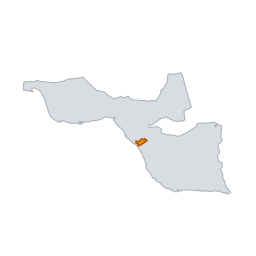 location of Nicoadala, Zambezia, Mozambique, rotated 95°
{"feature_id": "85939544B24973508625893", "entity_name": "Nicoadala", "entity_type": "district", "adm_level": 2, "iso_a3": "MOZ", "parent_name": "Mozambique", "parent_adm1": "Zambezia", "projection": "natural_earth1", "projection_center": [36.681, -17.573], "detail": "fine", "context": "in_parent", "style": "filled", "palette": "amber", "viewbox_px": 256, "rotation_deg": 95, "n_neighbors": 0, "source": "geoboundaries", "source_scale": "gbopen_adm2", "svg_char_len": 5387}
<svg xmlns="http://www.w3.org/2000/svg" viewBox="0 0 256 256"><g transform="rotate(95 128 128)"><path d="M81.2,177.1L82.8,175.7L93.1,163.0L93.7,162.5L92.9,160.4L94.2,157.9L94.3,154.1L94.8,153.5L96.3,152.2L98.5,148.3L99.8,145.2L100.0,143.8L98.0,139.6L97.4,137.4L98.0,135.4L98.2,133.6L97.9,133.0L96.7,132.3L96.5,131.5L96.5,130.5L96.7,130.0L98.2,129.2L98.5,128.7L99.7,123.8L99.3,120.2L99.3,116.0L99.5,111.7L99.4,109.3L98.4,106.5L98.3,104.4L99.0,103.0L99.1,102.2L96.8,101.7L95.6,100.6L91.2,98.7L87.8,98.5L85.0,95.6L82.8,95.2L79.9,93.1L71.0,92.8L70.7,92.5L70.3,86.3L69.9,84.3L68.8,82.1L68.5,80.6L68.6,79.5L73.5,77.3L83.2,74.1L85.3,73.1L101.8,66.7L102.3,67.1L103.9,70.3L106.7,74.0L107.4,73.5L111.3,72.9L111.9,72.4L113.1,72.1L114.5,71.9L115.0,72.1L116.4,74.4L117.0,78.7L117.0,81.5L116.9,83.6L115.7,85.9L114.8,88.9L113.6,90.6L113.6,91.3L115.0,93.1L115.3,93.9L115.3,95.4L115.5,96.1L116.8,97.0L117.7,98.5L121.3,102.8L122.2,103.6L122.9,103.8L123.3,104.6L123.1,105.6L122.5,106.2L122.8,107.0L123.4,107.6L125.1,107.5L125.3,107.2L125.2,103.4L124.6,101.2L123.9,100.2L125.3,96.1L126.0,94.9L128.7,94.5L130.0,94.1L130.5,93.6L130.9,92.3L131.2,88.6L131.3,85.2L131.0,83.2L131.4,80.1L132.0,78.3L131.7,77.9L131.5,75.4L124.7,65.2L120.9,60.7L120.3,60.2L118.2,59.8L117.1,58.1L116.1,49.0L114.7,42.4L116.9,38.1L117.6,35.3L118.1,34.9L120.0,34.7L126.6,34.8L128.3,35.1L129.0,34.8L130.8,33.1L132.2,33.1L134.1,34.2L135.1,35.2L135.3,36.0L136.6,36.4L139.0,36.6L140.7,36.1L141.8,35.2L143.0,34.7L144.2,34.6L145.1,34.9L145.7,35.7L146.9,36.2L148.6,36.5L150.5,36.0L152.6,34.8L153.8,33.5L154.4,31.3L154.8,31.0L157.7,30.8L159.2,31.2L161.2,32.6L164.6,30.2L166.8,29.4L168.9,29.4L170.6,28.8L171.9,27.6L173.3,26.9L176.1,26.0L178.1,24.8L183.4,20.1L184.0,21.5L185.1,22.7L183.7,24.1L184.9,24.9L184.0,26.2L183.9,27.1L184.3,28.0L183.7,29.5L182.9,30.6L182.7,31.5L183.4,33.1L183.0,35.8L184.1,40.3L183.8,41.9L184.0,45.4L183.6,46.7L184.3,47.2L184.7,48.6L184.3,51.1L183.2,52.2L183.0,53.2L184.5,53.2L184.5,56.3L184.3,57.3L184.6,58.3L184.2,59.5L184.7,64.5L184.7,68.2L184.8,68.7L186.1,69.4L186.1,70.4L185.2,71.7L185.3,73.6L186.2,72.1L186.7,72.1L187.2,72.7L187.2,74.9L187.5,76.0L187.4,76.9L185.9,78.8L185.8,80.5L185.2,80.8L184.9,81.2L185.3,82.2L185.3,83.1L184.3,85.9L179.2,92.5L179.1,93.7L177.8,95.8L176.4,96.1L175.6,96.7L176.2,98.5L169.5,103.2L168.8,103.9L167.7,105.6L165.4,106.5L163.0,106.6L162.6,107.0L157.2,109.2L156.1,110.2L153.8,111.1L150.1,113.5L147.1,115.7L143.7,119.0L143.3,120.8L141.7,123.2L139.3,125.9L137.8,128.2L137.7,129.2L136.9,129.5L136.2,128.6L135.9,130.4L135.3,130.6L134.6,130.2L131.6,132.2L129.4,134.4L126.2,138.8L121.6,143.0L120.5,143.1L119.0,141.6L118.2,141.5L119.4,143.1L119.4,146.6L118.8,150.8L118.9,151.7L122.0,156.0L123.5,161.2L123.6,163.8L125.2,167.2L125.9,172.3L125.7,177.0L126.5,177.8L126.8,177.1L126.9,174.1L127.3,173.3L127.7,173.4L128.1,175.0L128.2,176.7L127.7,180.4L127.8,181.9L128.6,184.5L127.7,187.4L126.4,195.5L126.7,196.0L127.4,196.2L127.7,195.3L128.1,195.3L128.3,195.8L127.7,199.0L127.1,200.4L125.1,203.8L124.1,205.3L122.3,206.7L118.0,209.0L109.6,212.2L104.2,214.8L100.0,217.8L98.2,219.8L97.4,222.1L96.0,224.6L97.2,226.6L98.9,228.0L99.6,225.6L100.0,225.6L99.3,235.7L93.5,235.9L91.8,235.5L90.9,235.6L90.7,231.4L90.0,228.2L90.3,226.0L90.2,224.7L88.9,223.9L88.6,221.5L89.3,219.6L89.2,204.2L87.0,196.7L84.2,191.3L84.0,188.6L82.7,182.6L81.2,177.1ZM118.4,41.8L119.1,41.4L119.2,40.7L118.7,40.3L118.3,40.4L118.1,41.6L118.4,41.8ZM117.9,40.5L117.3,39.9L116.9,40.1L116.8,40.5L117.2,41.1L117.7,41.2L117.9,40.5Z" fill="#d9dde1" stroke="#a8b0b8" stroke-width="1"/><path d="M144.0,116.3L144.0,116.2L144.0,115.9L144.3,115.7L144.4,115.8L144.4,115.7L144.5,115.7L144.4,115.6L144.2,115.5L144.3,115.4L144.2,115.3L144.2,115.2L144.3,115.0L144.3,114.9L144.2,114.9L144.1,114.7L144.1,114.4L144.1,114.2L143.9,114.2L143.6,114.1L143.5,113.9L143.4,113.8L143.4,113.7L143.2,113.6L143.2,113.4L143.2,113.2L142.9,113.1L142.8,112.8L142.7,112.7L142.4,112.5L142.3,112.4L142.2,112.3L142.2,112.2L142.0,111.9L142.1,111.7L142.1,111.4L142.0,111.2L141.9,111.2L141.7,111.0L141.5,110.9L141.3,110.7L141.2,110.7L141.0,110.8L140.9,110.8L139.9,110.3L139.9,110.2L140.0,110.1L140.0,109.9L139.9,109.8L139.9,109.7L140.0,109.6L140.1,109.4L140.2,109.2L139.9,109.0L139.7,109.0L139.7,108.9L139.6,108.7L139.4,108.6L139.3,108.4L139.2,108.3L139.2,108.2L138.5,108.2L138.4,108.2L138.4,108.3L138.3,108.5L138.2,108.8L138.1,109.0L138.1,109.3L138.1,109.5L137.8,109.7L137.8,109.8L137.6,109.9L137.6,110.0L137.4,110.3L137.2,110.4L137.2,110.5L137.3,110.5L137.5,110.7L137.7,110.8L137.8,110.9L137.8,111.0L138.0,111.3L138.1,111.5L138.3,111.8L138.3,112.0L138.2,112.3L138.0,112.6L137.9,112.8L137.8,113.0L137.7,113.1L137.8,113.2L137.8,113.3L137.9,113.5L138.0,113.5L138.2,113.8L138.3,113.8L138.5,114.0L138.8,114.3L138.8,114.5L139.0,114.6L139.1,114.8L139.3,114.9L139.5,114.9L139.5,115.0L139.8,115.1L140.0,115.3L140.3,115.2L140.3,115.3L140.4,115.5L140.3,115.8L140.4,116.0L140.5,116.0L140.6,116.9L140.5,117.0L140.5,117.7L140.6,117.8L140.6,118.0L140.5,118.4L140.5,118.5L140.6,118.4L140.8,118.4L140.8,118.5L141.0,118.5L141.0,118.4L141.3,118.2L141.5,118.2L141.6,118.3L141.6,118.5L141.6,118.8L141.8,118.7L142.0,118.6L142.3,118.6L142.3,118.4L142.3,118.2L142.3,117.9L142.5,117.8L142.6,117.7L142.6,117.4L142.7,117.2L142.8,117.1L142.8,116.9L143.0,116.9L143.1,116.7L143.2,116.8L143.3,116.8L143.7,116.4L143.8,116.4L144.0,116.3L144.0,116.3Z" fill="#f59e0b" stroke="#b45309" stroke-width="1.5"/></g></svg>